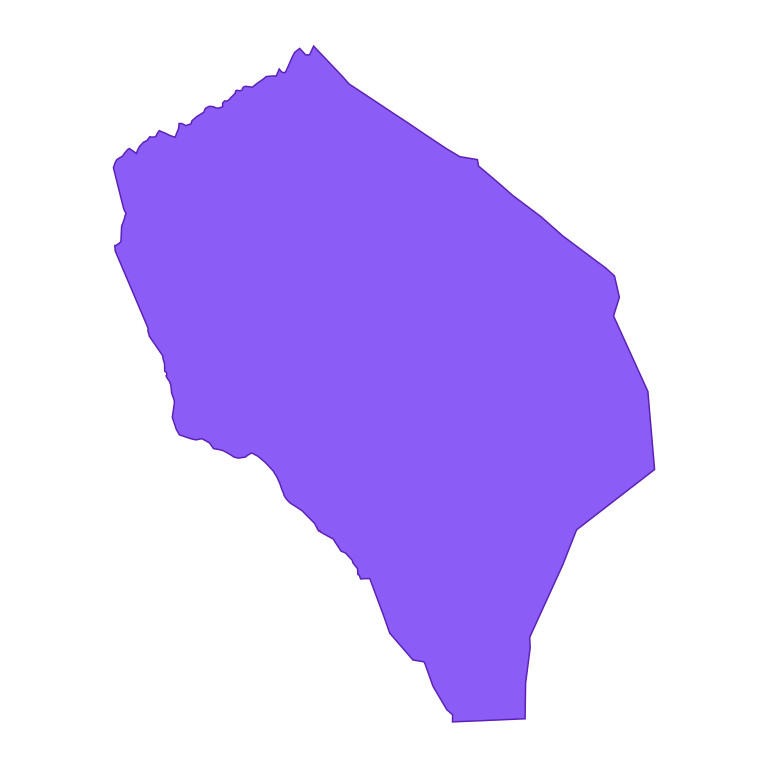 outline of Santiago Yolomécatl, Oaxaca, Mexico
{"feature_id": "50627088B72643928599423", "entity_name": "Santiago Yolomécatl", "entity_type": "district", "adm_level": 2, "iso_a3": "MEX", "parent_name": "Mexico", "parent_adm1": "Oaxaca", "projection": "natural_earth1", "projection_center": [-97.594, 17.466], "detail": "fine", "context": "isolated", "style": "filled", "palette": "violet", "viewbox_px": 768, "rotation_deg": 0, "n_neighbors": 0, "source": "geoboundaries", "source_scale": "gbopen_adm2", "svg_char_len": 2527}
<svg xmlns="http://www.w3.org/2000/svg" viewBox="0 0 768 768"><path d="M113.4,167.7L123.7,208.9L126.1,213.9L125.2,215.1L124.4,218.7L121.6,226.4L120.9,241.5L119.4,243.1L117.3,244.5L116.2,245.3L114.8,245.5L115.2,250.9L147.5,326.8L148.0,328.0L148.0,331.5L149.1,334.9L149.4,336.4L162.8,355.9L163.0,358.7L164.0,361.9L164.6,364.2L164.6,366.6L164.7,371.3L166.7,372.7L166.7,374.9L166.1,375.8L166.7,377.4L169.6,381.7L170.9,385.6L171.5,392.1L171.8,393.7L174.1,399.9L174.4,402.9L172.3,417.3L176.2,429.1L179.4,434.9L191.4,438.9L196.1,439.9L202.0,438.7L209.6,443.0L213.5,448.6L220.1,449.8L223.3,450.7L230.1,454.5L234.2,457.2L238.6,458.1L245.3,457.1L249.2,454.2L251.8,453.0L258.0,456.3L265.4,462.6L273.0,470.7L276.8,476.8L279.7,483.1L281.7,489.0L283.3,492.8L284.1,495.5L284.9,496.9L286.1,498.6L287.9,500.8L290.6,503.3L301.9,510.6L314.5,523.3L318.5,530.9L319.8,530.8L319.7,531.3L320.6,532.1L332.2,538.5L332.9,538.6L341.1,551.2L344.2,552.4L346.0,553.5L352.2,560.3L353.1,563.2L357.5,568.6L357.9,574.5L358.3,574.5L359.4,575.4L359.7,576.3L360.1,577.8L361.0,579.1L363.0,578.7L363.6,578.7L369.8,578.6L383.7,615.9L389.7,633.1L412.9,660.0L423.3,661.7L424.5,662.5L433.0,686.3L446.8,709.7L452.6,714.8L452.5,721.9L471.1,721.1L476.3,720.9L483.6,720.6L489.2,720.3L492.6,720.2L499.3,719.9L519.6,719.0L525.1,718.8L525.6,683.3L530.2,647.7L529.7,637.3L562.8,564.8L576.1,531.0L576.6,529.8L654.6,469.5L649.8,414.0L647.9,391.5L614.7,318.5L613.6,315.8L619.4,297.3L614.5,276.0L605.7,268.0L596.0,260.8L562.6,235.8L541.0,216.7L512.4,195.2L498.9,183.3L478.5,166.0L477.4,159.6L459.9,156.7L446.0,148.4L425.6,134.8L405.3,121.1L395.6,114.8L379.2,103.9L349.0,83.9L342.8,76.8L313.6,46.1L309.6,54.8L305.7,54.9L299.7,48.4L294.7,52.3L292.1,57.3L287.8,67.2L285.2,72.6L282.0,72.3L279.2,69.0L276.3,75.9L270.5,76.1L266.1,76.6L263.4,79.0L257.3,83.2L252.2,87.3L249.3,86.7L245.1,86.3L243.1,87.3L242.0,90.0L240.5,90.7L238.9,90.6L236.7,90.3L235.6,91.0L235.2,93.3L231.4,97.1L229.0,99.8L226.6,101.2L224.6,100.9L222.6,103.2L222.7,106.6L218.9,108.1L216.3,108.0L213.2,106.6L209.2,106.3L205.3,108.4L203.8,112.2L200.5,114.3L196.8,116.5L191.9,120.8L190.9,123.9L185.7,125.6L181.9,123.5L179.1,123.5L178.6,128.5L176.5,133.5L175.2,137.3L170.0,135.5L164.7,132.9L159.2,130.7L157.0,133.9L155.9,136.3L154.5,137.1L153.1,137.0L152.0,137.1L151.2,137.1L149.9,136.7L147.0,140.5L143.4,142.3L139.7,146.3L137.4,150.4L136.5,153.5L129.4,148.5L127.7,149.5L125.1,152.5L123.6,154.5L122.5,156.2L119.4,157.9L116.6,159.9L115.2,162.6L114.8,163.6L113.4,167.7Z" fill="#8b5cf6" stroke="#5b21b6" stroke-width="1.5"/></svg>